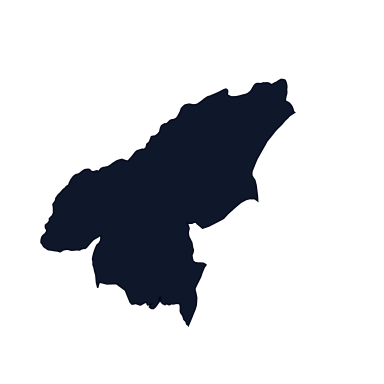 Camocuautla, Puebla, Mexico (Equal Earth projection), rotated 46°
{"feature_id": "50627088B78177110012738", "entity_name": "Camocuautla", "entity_type": "district", "adm_level": 2, "iso_a3": "MEX", "parent_name": "Mexico", "parent_adm1": "Puebla", "projection": "equal_earth", "projection_center": [-97.753, 20.035], "detail": "fine", "context": "isolated", "style": "filled", "palette": "ink", "viewbox_px": 384, "rotation_deg": 46, "n_neighbors": 0, "source": "geoboundaries", "source_scale": "gbopen_adm2", "svg_char_len": 5391}
<svg xmlns="http://www.w3.org/2000/svg" viewBox="0 0 384 384"><g transform="rotate(46 192 192)"><path d="M123.2,168.0L123.7,169.1L124.2,170.3L125.3,171.9L126.3,173.5L126.6,175.9L126.5,177.7L126.1,179.8L124.8,181.4L124.0,182.7L124.4,183.6L124.9,184.5L125.4,185.8L126.1,187.0L126.5,188.4L126.2,190.9L126.7,192.0L127.4,192.8L128.2,194.3L128.2,195.9L127.9,197.1L126.7,198.0L125.5,200.3L124.8,201.8L124.2,203.0L124.1,205.1L124.5,207.9L124.9,210.5L125.1,213.5L125.3,216.3L124.7,217.2L123.0,218.2L119.8,219.8L118.3,222.5L117.4,224.5L116.9,226.9L116.3,229.7L116.3,231.1L115.9,233.0L115.4,234.8L115.1,235.7L114.3,236.5L113.8,237.7L113.0,238.5L112.6,239.4L112.0,240.8L112.0,241.7L112.1,243.0L112.4,244.2L112.1,245.1L110.7,245.6L110.3,246.4L109.8,247.2L109.3,248.5L107.7,250.0L107.0,250.2L105.9,250.1L105.1,250.1L104.3,250.3L103.4,251.0L102.2,252.6L101.4,253.8L101.0,255.8L100.7,258.1L100.6,260.2L99.8,262.0L98.9,263.5L98.6,265.1L98.5,266.8L99.1,270.5L99.9,272.7L100.4,274.1L100.9,274.9L101.2,275.6L101.2,276.6L101.1,277.3L100.8,278.3L100.8,279.1L101.2,280.1L101.0,281.0L100.9,281.8L100.8,282.6L100.9,284.7L101.2,287.0L101.1,290.2L101.7,293.0L101.9,294.1L103.1,295.8L103.7,297.3L104.1,299.8L104.4,300.7L105.3,301.3L106.5,302.1L107.5,302.9L108.3,303.7L109.7,305.0L110.8,306.1L111.5,307.5L112.1,309.3L112.0,311.0L112.2,313.2L113.8,314.6L114.0,315.7L114.3,317.4L114.1,319.1L114.0,320.5L115.5,321.9L116.5,322.5L118.1,322.5L119.1,323.4L119.7,324.8L120.0,326.7L119.8,329.5L120.2,331.4L121.4,333.4L122.4,334.6L123.5,335.7L125.7,335.9L128.2,336.6L130.8,336.1L133.3,335.6L134.7,334.7L135.6,333.8L137.2,332.7L139.2,331.2L141.0,329.7L143.4,328.4L143.7,327.1L144.2,324.8L146.1,321.9L147.8,320.5L149.9,319.4L151.3,317.8L153.3,315.3L154.2,314.3L155.6,313.2L156.0,311.7L156.9,309.5L158.3,308.0L158.5,306.2L158.2,303.3L157.8,299.6L157.7,295.9L158.2,293.9L159.0,290.8L159.2,288.8L160.0,288.0L161.5,289.1L163.4,291.2L164.3,294.2L164.2,297.4L165.7,301.0L166.8,303.2L167.9,305.3L169.5,307.8L171.2,310.2L173.4,311.5L175.4,313.6L178.4,315.0L181.1,316.8L185.0,318.9L190.9,323.7L195.4,326.3L193.5,323.5L192.5,321.1L199.0,317.1L203.5,312.1L204.2,311.4L205.4,310.1L208.1,309.6L210.5,309.2L214.1,308.6L216.3,308.2L228.5,313.1L230.0,313.0L230.6,313.2L231.1,312.8L232.1,311.7L232.4,311.0L233.3,309.5L234.1,309.4L237.5,307.6L238.9,302.3L240.2,301.3L241.4,302.1L242.5,302.3L244.3,299.5L244.3,300.1L245.1,302.5L247.4,302.2L249.0,300.8L249.2,298.8L249.0,296.9L247.9,291.1L246.2,289.9L245.6,289.5L245.4,288.9L245.4,288.1L245.8,287.8L246.2,288.0L246.7,288.6L247.2,289.5L247.4,289.8L248.2,289.9L248.9,290.4L249.6,290.5L250.0,290.5L250.8,290.5L251.4,290.7L252.3,290.5L253.0,290.0L253.6,290.1L254.1,289.8L254.5,289.3L254.5,288.4L254.6,287.7L255.3,287.5L256.6,287.2L257.3,286.6L257.7,285.7L258.0,284.4L258.6,284.0L258.9,283.8L259.6,283.1L260.2,282.3L260.9,280.9L262.0,279.9L262.5,279.4L263.4,278.7L264.2,278.7L264.4,278.7L266.1,279.7L267.0,280.6L267.7,281.2L268.2,281.7L269.1,282.7L270.1,283.5L272.0,284.2L273.6,284.3L274.7,284.7L275.5,285.0L275.9,285.2L276.3,285.4L277.1,285.8L278.0,286.3L279.3,286.4L280.0,286.3L280.6,286.3L281.4,286.5L282.2,287.0L283.0,287.3L283.6,287.6L284.0,287.4L284.5,287.2L285.5,287.4L282.0,279.3L280.4,275.8L278.6,271.6L276.3,267.5L271.4,262.2L268.0,259.9L264.8,258.1L263.5,257.0L262.4,254.3L260.5,248.9L259.1,244.9L256.9,240.7L254.6,235.3L254.2,232.6L252.8,232.8L251.2,233.3L249.0,235.3L247.1,237.2L245.0,238.8L242.5,239.3L239.5,237.6L237.3,236.0L236.2,233.4L234.8,231.4L231.9,229.9L228.4,227.4L222.0,225.4L219.7,223.9L218.2,222.5L216.1,219.3L211.0,216.9L212.5,215.7L213.9,214.3L214.5,213.7L214.8,212.5L215.2,211.5L216.0,210.5L216.9,210.1L218.4,210.3L222.4,209.8L225.3,209.6L228.2,203.5L231.5,192.6L232.9,187.6L232.5,181.5L232.9,170.7L233.4,163.8L235.1,158.0L236.8,155.1L240.4,151.5L244.0,150.9L240.5,147.9L231.6,141.2L227.0,138.6L223.9,138.1L221.5,137.4L218.9,134.8L216.0,128.5L213.2,122.0L208.5,106.0L207.5,102.9L206.4,93.9L205.8,89.8L205.6,86.5L205.6,81.7L205.5,79.5L205.2,77.3L205.0,75.1L205.1,72.1L204.9,68.9L205.2,67.3L205.6,64.9L206.1,63.0L205.4,63.1L203.9,62.8L202.8,61.9L201.5,61.4L200.2,60.8L198.9,60.5L197.8,60.4L196.1,60.3L194.6,60.5L193.3,61.0L192.0,61.4L190.9,61.2L190.3,60.6L189.6,59.7L188.2,57.7L187.0,55.7L186.3,54.8L185.2,53.8L184.0,52.9L182.4,50.9L180.5,49.4L178.4,48.2L176.3,47.4L175.0,48.0L173.9,48.8L172.8,49.9L172.5,51.2L172.1,52.9L171.9,54.6L171.3,56.0L171.0,57.0L170.9,57.3L170.6,58.7L170.2,60.0L169.4,60.6L168.4,60.8L167.7,60.8L167.1,61.2L166.3,61.6L165.7,62.1L164.9,63.0L164.1,64.0L163.3,64.6L162.7,65.6L162.3,66.6L161.8,67.4L161.1,68.0L159.9,69.0L158.8,70.4L158.5,71.8L158.6,73.3L159.0,74.8L159.5,76.6L160.0,78.2L160.3,79.9L160.2,81.5L160.0,83.4L159.1,85.7L157.6,88.2L156.3,90.6L154.9,93.0L153.1,95.4L150.6,97.9L149.4,98.2L148.8,98.5L148.0,99.0L146.3,98.8L145.6,98.2L145.3,97.7L145.0,97.1L144.5,96.6L143.9,96.1L143.1,95.8L142.4,95.8L141.6,96.1L141.1,96.9L140.5,98.3L139.1,103.2L137.3,108.2L136.3,110.6L135.7,112.3L134.5,114.4L134.0,117.0L133.7,118.9L133.5,121.6L133.1,124.3L132.8,126.2L132.3,127.8L131.5,129.1L130.3,130.5L129.6,131.1L128.8,131.6L127.9,132.3L126.8,133.0L125.9,134.5L125.3,135.4L124.6,136.6L124.4,139.2L124.6,141.6L126.2,144.8L127.4,148.4L127.8,149.8L128.1,151.0L128.0,152.5L127.7,153.7L127.0,155.2L126.2,156.2L125.7,157.0L125.3,158.6L125.4,160.3L125.4,162.4L124.9,163.6L124.0,164.2L123.5,166.0L123.2,168.0Z" fill="#0f172a" stroke="#020617" stroke-width="1.5"/></g></svg>